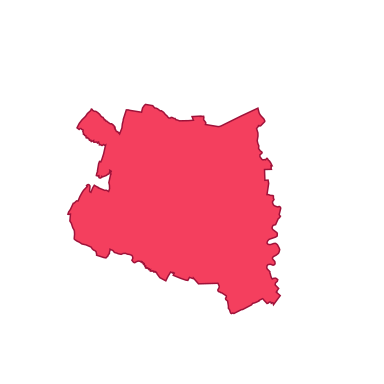 Balesti, Gorj, Romania, rotated 305°
{"feature_id": "2599482B86837761601093", "entity_name": "Balesti", "entity_type": "district", "adm_level": 2, "iso_a3": "ROU", "parent_name": "Romania", "parent_adm1": "Gorj", "projection": "mercator", "projection_center": [23.167, 45.008], "detail": "fine", "context": "isolated", "style": "filled", "palette": "rose", "viewbox_px": 384, "rotation_deg": 305, "n_neighbors": 0, "source": "geoboundaries", "source_scale": "gbopen_adm2", "svg_char_len": 5998}
<svg xmlns="http://www.w3.org/2000/svg" viewBox="0 0 384 384"><g transform="rotate(305 192 192)"><path d="M298.5,197.9L282.5,188.7L262.9,178.0L261.5,177.0L260.6,176.0L255.0,164.3L255.8,164.1L256.8,163.4L257.9,160.0L259.2,159.3L259.3,159.0L259.8,159.0L260.7,158.1L258.8,155.6L259.1,155.5L253.8,148.8L251.6,152.0L248.5,148.3L243.1,140.9L242.5,138.5L242.0,137.5L242.5,135.9L242.1,135.5L241.8,134.8L241.8,133.5L241.2,132.1L240.4,132.0L239.4,130.8L239.4,129.7L240.0,127.9L240.2,125.7L241.0,123.1L241.0,120.3L240.4,119.7L240.3,119.2L240.4,116.0L240.1,114.6L239.4,113.2L240.2,110.3L237.1,103.7L235.6,103.3L232.5,103.3L228.4,104.9L223.2,94.2L222.8,92.9L221.6,91.1L212.2,94.0L210.8,94.8L208.0,95.8L204.2,97.9L198.0,99.4L198.3,98.6L198.2,98.2L198.7,97.9L198.5,96.5L198.7,96.3L198.3,95.8L198.6,94.5L199.2,93.8L199.2,93.1L200.3,92.4L200.0,91.9L200.2,91.6L201.1,91.4L201.4,90.5L201.4,89.4L201.7,89.2L201.8,87.0L201.2,86.3L200.9,85.3L200.9,84.4L201.1,84.0L200.9,82.7L201.2,81.6L200.7,80.9L201.3,79.9L200.9,78.8L201.3,78.5L201.5,77.5L202.1,76.4L201.8,75.5L201.9,73.9L202.8,71.4L202.7,70.3L203.0,69.6L202.9,67.0L202.5,66.2L202.1,65.8L202.0,65.0L201.9,63.9L202.4,62.7L202.2,62.0L200.5,62.3L196.3,61.3L192.9,61.4L188.0,60.5L183.5,60.3L178.6,61.0L178.5,63.7L179.9,64.1L180.3,64.6L180.0,66.0L180.4,66.9L179.7,67.7L178.9,67.9L178.4,68.8L177.0,70.0L177.4,70.8L176.8,71.5L176.8,72.1L177.1,72.9L175.7,74.2L175.9,74.8L176.7,75.3L176.2,76.4L176.4,77.4L175.6,78.2L175.7,78.7L176.4,79.3L175.5,80.4L175.6,80.7L176.3,80.8L176.7,81.5L177.7,81.9L176.6,82.7L176.5,83.1L178.3,85.4L178.3,85.8L177.9,86.2L177.9,86.6L179.0,86.6L179.3,86.8L178.7,87.4L178.4,88.4L177.5,89.1L178.3,89.9L178.3,91.0L178.5,91.7L180.2,92.4L180.1,93.4L180.5,94.2L180.8,94.3L172.6,97.7L166.9,99.5L164.3,100.0L164.0,98.7L161.6,99.3L154.7,102.6L154.4,103.1L152.9,103.2L150.6,104.2L150.9,105.2L152.0,106.3L151.3,106.8L151.0,106.7L150.4,107.9L151.0,109.1L152.1,109.5L153.1,109.2L153.0,110.0L156.5,112.4L158.4,112.9L158.9,113.5L159.7,113.5L162.0,112.8L162.6,112.2L162.8,113.5L162.5,114.1L161.6,114.0L160.9,114.4L160.2,115.4L159.7,115.3L152.0,118.5L150.3,120.4L147.4,122.6L144.6,123.4L144.4,121.2L144.2,120.6L143.3,119.7L141.7,112.9L142.0,112.8L141.6,110.1L141.5,108.1L138.4,108.3L133.7,109.4L133.6,108.2L134.0,107.6L138.4,105.0L138.9,103.4L138.6,102.7L138.0,102.2L136.8,101.9L136.3,103.0L131.2,102.2L128.3,102.3L123.9,102.8L119.3,103.8L118.5,102.5L115.4,101.9L114.7,101.2L108.0,102.4L104.9,102.4L102.6,103.1L102.8,103.6L104.2,105.1L98.2,108.6L97.1,111.2L94.3,114.9L93.4,116.9L92.6,118.0L90.1,120.0L86.3,122.2L85.8,122.8L85.8,126.0L86.3,128.7L86.3,131.6L87.9,135.5L89.0,140.9L88.2,143.0L88.0,144.7L88.3,146.3L88.1,147.7L87.1,148.6L86.8,149.2L85.5,150.1L87.9,157.9L88.3,158.3L88.6,159.3L91.4,159.8L92.3,159.5L94.3,159.6L95.3,158.9L97.2,158.3L98.1,157.7L98.7,160.8L98.1,162.5L98.1,163.7L98.7,165.0L99.1,167.0L100.3,169.7L102.1,170.8L103.6,172.7L104.0,174.6L105.1,176.9L105.6,179.1L105.1,180.2L104.3,181.1L103.6,181.6L101.6,181.9L100.9,184.3L101.0,185.2L101.3,185.7L103.3,186.6L104.7,187.7L105.6,189.7L105.5,190.1L105.9,190.1L106.1,190.4L105.7,190.8L106.1,191.2L105.7,191.5L106.0,191.8L106.0,192.5L105.8,192.7L106.0,193.0L105.8,193.2L105.9,194.0L105.6,194.2L105.2,193.8L105.2,194.4L104.9,194.4L104.8,195.4L104.2,196.0L104.5,196.3L104.0,196.4L104.0,197.1L103.7,197.1L103.6,197.4L103.2,197.6L103.4,198.1L103.6,197.9L104.0,198.4L104.2,198.8L103.8,198.9L103.8,199.2L104.2,199.4L104.4,200.4L104.0,200.5L103.9,200.8L104.2,201.1L103.8,201.3L104.3,202.0L103.9,201.9L103.9,202.4L104.1,202.6L103.8,202.8L103.9,203.1L103.5,203.2L103.6,203.4L103.5,203.8L104.7,204.8L104.6,205.1L105.0,205.4L104.5,206.6L105.3,207.6L105.6,207.3L105.9,208.0L105.4,208.6L105.5,209.5L104.9,210.3L103.4,214.8L104.2,221.5L109.3,220.7L114.2,220.4L114.5,222.6L115.2,222.5L115.4,224.0L113.0,224.4L114.9,232.7L116.3,237.5L117.2,239.3L120.6,238.9L121.8,242.9L122.3,242.6L120.5,250.0L132.1,265.6L130.5,268.3L129.3,269.0L126.6,269.3L125.9,270.0L125.7,271.2L126.1,272.1L126.0,273.0L126.5,274.4L126.6,279.7L125.4,280.5L124.3,280.4L123.8,280.7L123.3,281.4L123.1,283.7L119.5,287.2L117.6,288.5L117.1,290.2L115.4,292.5L115.0,293.3L115.0,294.0L116.3,294.9L116.5,296.0L123.9,299.9L124.8,300.9L133.7,305.5L135.5,305.5L137.1,306.9L139.6,308.5L141.3,309.4L141.5,309.1L142.4,309.5L145.1,311.0L145.0,312.1L144.7,312.8L143.7,317.4L144.6,318.1L146.2,318.5L146.9,319.4L146.9,319.9L146.3,320.8L147.5,321.3L147.7,321.8L146.4,323.4L157.7,323.7L158.3,318.7L158.9,318.8L159.0,318.3L162.7,318.3L163.6,313.4L165.5,312.5L167.8,313.1L169.4,312.5L169.5,310.5L169.3,309.7L167.8,308.1L167.0,307.9L166.8,307.2L168.2,304.9L169.9,303.0L170.4,302.1L171.4,301.5L172.2,297.5L173.1,296.5L174.8,295.7L176.1,295.9L177.5,297.3L178.1,298.5L178.3,299.8L178.9,300.8L180.1,301.3L181.0,301.1L182.3,300.0L182.6,299.5L183.3,296.6L183.6,296.1L184.5,295.6L185.9,295.8L188.6,297.2L191.4,298.0L193.0,297.7L195.1,296.9L196.1,295.5L197.6,292.6L197.8,292.0L197.9,290.3L197.7,289.6L196.6,288.4L194.2,286.7L193.1,285.3L192.8,283.8L193.2,282.8L193.8,282.4L195.5,282.0L197.4,282.3L203.1,286.4L204.8,287.0L206.8,285.8L207.4,284.9L207.6,279.6L208.4,278.2L210.1,277.6L211.3,277.6L213.2,279.2L219.3,278.0L221.3,278.4L222.9,278.3L222.9,277.5L223.6,276.3L229.4,274.1L230.2,273.3L230.3,272.1L230.1,271.6L229.0,271.0L228.3,268.9L228.0,267.3L228.1,266.3L228.6,265.3L229.3,264.2L230.4,263.5L232.8,263.5L233.1,263.3L233.3,262.5L235.5,260.9L235.5,260.3L234.1,257.9L233.8,256.3L232.9,254.9L243.0,249.9L245.4,247.5L243.4,245.0L252.0,238.5L256.1,244.0L256.5,243.4L258.3,242.3L258.7,241.7L259.4,242.6L261.0,239.7L261.8,237.7L261.9,236.3L262.7,234.4L262.4,233.9L260.6,233.8L260.3,233.0L259.0,231.7L258.8,230.7L259.8,227.6L260.2,227.1L261.5,226.3L263.7,227.0L264.6,226.7L264.9,226.0L264.8,224.4L265.8,221.6L268.1,220.3L269.5,218.1L271.4,216.0L275.6,214.0L278.2,212.1L281.0,208.5L284.3,208.7L284.6,208.4L284.9,208.7L285.0,209.8L285.8,210.3L291.4,211.2L292.0,210.8L293.1,208.8L293.9,204.9L294.5,203.0L295.5,201.3L298.5,197.9Z" fill="#f43f5e" stroke="#9f1239" stroke-width="1.5"/></g></svg>